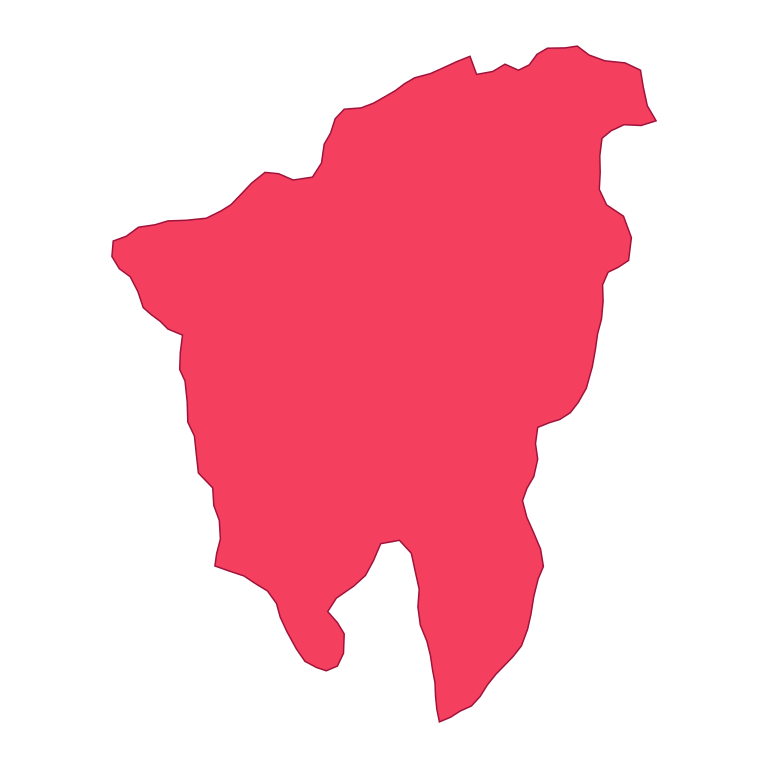 Inconfidentes, Minas Gerais, Brazil (Natural Earth projection)
{"feature_id": "56859067B44116349534136", "entity_name": "Inconfidentes", "entity_type": "district", "adm_level": 2, "iso_a3": "BRA", "parent_name": "Brazil", "parent_adm1": "Minas Gerais", "projection": "natural_earth1", "projection_center": [-46.281, -22.345], "detail": "fine", "context": "isolated", "style": "filled", "palette": "rose", "viewbox_px": 768, "rotation_deg": 0, "n_neighbors": 0, "source": "geoboundaries", "source_scale": "gbopen_adm2", "svg_char_len": 1922}
<svg xmlns="http://www.w3.org/2000/svg" viewBox="0 0 768 768"><path d="M537.7,459.1L535.5,443.6L537.7,427.4L549.6,422.6L559.7,419.5L570.3,412.7L578.2,402.5L586.3,388.3L592.3,366.8L595.4,349.5L597.6,333.8L601.5,319.1L603.1,301.6L602.6,284.8L608.1,272.2L618.2,267.3L628.6,260.4L631.4,237.6L623.5,216.2L606.6,204.9L599.3,189.4L600.2,172.4L599.8,155.9L602.0,138.3L611.2,130.7L624.0,124.7L641.1,125.5L656.1,120.8L647.3,105.8L643.3,87.2L640.5,70.2L625.1,62.9L604.8,60.8L589.0,55.0L577.3,46.1L565.2,47.9L547.4,48.2L537.1,54.2L529.2,64.9L518.4,70.2L505.0,64.2L492.7,71.5L476.6,74.4L470.0,56.3L457.0,61.5L445.1,67.0L430.4,73.6L414.6,77.8L404.4,83.8L395.4,90.6L383.1,97.7L373.4,103.2L361.1,107.9L344.2,109.2L335.2,118.7L330.5,133.3L324.2,144.1L321.5,163.0L312.5,177.1L293.1,180.0L278.6,173.7L265.0,172.4L251.6,183.1L241.2,194.1L231.1,204.6L221.0,210.9L206.3,218.2L186.0,220.3L168.0,220.9L154.8,224.8L138.5,227.2L126.2,236.3L113.2,241.0L111.9,256.5L119.4,268.8L130.2,276.7L137.9,291.6L143.2,307.6L151.5,314.9L160.1,321.2L168.0,329.1L182.5,335.1L180.3,352.7L179.7,369.5L185.0,381.0L187.2,401.9L187.8,422.1L194.4,436.0L196.2,453.0L198.4,473.0L212.7,487.9L213.8,505.5L219.3,520.4L220.4,539.0L216.6,553.7L214.9,566.0L229.6,571.2L244.1,576.0L254.9,583.3L267.4,590.9L276.5,603.5L280.2,617.1L287.0,631.8L296.3,648.8L305.0,661.4L316.3,667.4L326.2,670.8L337.4,666.1L343.5,653.3L344.2,633.9L337.4,622.6L327.7,611.6L336.3,598.2L353.6,586.2L365.5,575.4L373.4,560.8L380.7,543.7L399.4,540.3L411.3,553.2L415.2,571.2L419.2,589.3L417.9,606.9L420.3,625.0L426.9,641.2L430.4,655.4L432.6,670.3L435.0,682.9L435.5,695.7L436.8,709.1L439.4,721.9L450.6,717.2L459.9,711.2L471.5,705.9L480.1,696.5L487.3,685.0L495.9,674.2L503.8,666.1L512.9,656.7L521.4,645.9L527.6,629.2L530.9,614.5L533.8,596.4L538.2,578.8L543.4,566.5L540.6,549.2L533.8,533.0L526.9,517.5L522.5,500.7L526.9,488.4L533.8,476.6L537.7,459.1Z" fill="#f43f5e" stroke="#9f1239" stroke-width="1.5"/></svg>